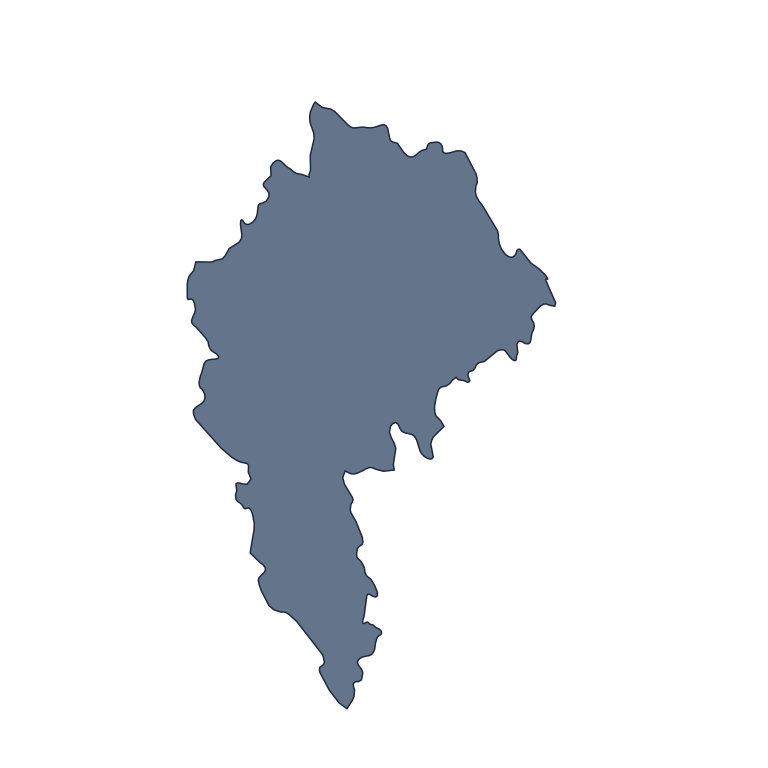 the County of Kauno, rotated 248°
{"feature_id": "LTU-1069", "entity_name": "Kauno", "entity_type": "County", "adm_level": 1, "iso_a3": "LTU", "parent_name": "Lithuania", "parent_adm1": "", "projection": "robinson", "projection_center": [23.769, 55.019], "detail": "fine", "context": "isolated", "style": "filled", "palette": "slate", "viewbox_px": 768, "rotation_deg": 248, "n_neighbors": 0, "source": "natural_earth", "source_scale": "10m", "svg_char_len": 5546}
<svg xmlns="http://www.w3.org/2000/svg" viewBox="0 0 768 768"><g transform="rotate(248 384 384)"><path d="M567.7,255.3L563.6,265.3L562.6,267.3L561.5,270.5L561.8,273.8L561.2,276.9L560.6,281.1L562.5,285.0L567.6,291.1L569.8,303.0L572.0,306.0L575.3,308.0L585.8,310.7L589.3,312.5L589.6,313.7L587.9,314.4L585.3,314.9L583.4,316.4L582.5,318.9L583.5,323.7L585.3,326.8L588.0,329.3L590.3,330.8L594.7,333.1L597.0,334.6L597.6,336.6L597.3,339.2L597.6,343.3L600.5,347.2L603.6,348.7L606.8,348.5L612.1,346.6L614.5,346.9L615.9,348.4L619.5,357.3L627.6,360.1L630.4,363.7L631.4,367.3L631.4,368.9L630.6,370.6L629.1,371.9L626.8,373.1L622.1,375.1L620.6,376.0L619.2,377.3L617.8,378.2L614.5,379.7L613.2,380.7L612.2,381.6L610.7,383.7L609.0,386.5L603.9,392.1L606.2,392.8L609.8,396.0L623.5,401.2L637.9,411.3L642.8,412.8L654.2,413.4L659.1,414.9L663.9,417.7L669.8,423.6L671.2,425.8L663.5,430.4L658.9,437.6L655.3,440.3L637.8,447.6L634.7,449.5L633.0,451.3L632.2,453.4L630.4,459.9L629.7,461.5L627.9,464.5L626.7,467.0L625.8,470.3L625.4,473.5L625.2,477.0L624.6,481.0L622.8,482.6L619.8,483.2L610.0,481.4L607.0,481.3L605.4,482.5L602.1,486.6L591.1,489.1L586.5,491.3L584.3,493.9L583.8,497.2L584.5,500.0L585.6,502.8L586.2,505.4L586.4,507.2L585.8,511.2L589.7,514.6L590.1,516.0L590.2,517.9L589.5,520.0L588.8,523.2L587.4,525.2L585.4,526.7L582.9,527.0L580.5,526.6L578.4,525.7L575.8,526.1L574.5,528.2L573.7,531.5L572.9,538.8L571.9,541.5L571.0,543.1L568.2,545.8L544.4,548.1L540.5,547.5L535.7,545.9L533.2,543.4L527.6,540.6L523.4,539.9L518.2,540.6L512.8,542.1L483.3,546.7L481.0,546.3L478.5,545.6L476.1,544.6L470.8,543.5L465.5,543.3L459.4,544.9L457.5,545.8L455.8,547.0L454.9,547.9L454.1,548.9L453.6,550.1L453.6,551.4L453.9,552.6L454.3,553.7L454.9,554.6L455.5,555.2L457.5,556.8L458.2,557.5L458.5,558.5L458.5,559.6L458.0,560.4L456.9,560.9L441.2,565.5L432.2,571.1L425.0,574.3L421.3,575.2L420.0,574.9L420.7,573.8L420.0,572.8L395.0,573.6L392.2,571.5L393.8,568.8L395.3,566.7L397.5,564.4L398.2,561.9L397.7,558.3L393.1,548.1L391.3,545.7L389.4,545.2L384.5,545.6L381.4,545.1L378.6,543.2L375.5,540.0L369.4,536.3L367.6,534.8L367.2,532.6L368.6,530.1L371.0,528.2L372.9,526.2L373.0,524.3L370.9,522.0L363.2,519.9L361.9,518.9L360.9,517.8L359.5,517.0L357.8,516.2L356.6,515.2L356.7,513.9L358.6,512.1L361.3,511.0L368.0,509.2L370.6,508.1L372.0,505.0L372.3,501.6L367.3,485.5L368.1,481.1L367.9,478.5L366.6,476.2L365.4,475.2L364.1,473.4L363.2,471.3L363.6,467.5L361.6,465.5L359.5,464.9L356.9,465.0L354.9,464.8L354.1,463.6L354.5,461.9L357.4,459.3L358.4,457.1L359.6,455.6L360.1,454.6L363.2,453.4L362.2,449.8L361.4,448.0L359.8,445.2L358.9,441.3L359.1,439.4L359.6,437.2L359.7,435.3L358.9,433.3L356.9,431.2L351.1,426.7L343.9,422.3L339.0,420.5L335.1,420.2L328.7,422.8L322.2,423.8L316.3,409.5L313.9,407.2L310.9,404.9L297.9,402.4L296.7,400.4L297.1,398.6L298.7,396.5L300.7,394.9L302.6,393.8L305.4,392.8L308.4,392.3L319.9,393.3L322.3,393.0L324.4,392.5L326.0,391.5L327.5,390.0L330.5,385.6L332.2,383.8L333.4,383.0L334.8,382.5L336.4,382.2L339.9,382.1L341.8,381.8L343.9,380.4L344.0,377.3L342.4,374.3L337.4,371.0L331.5,370.7L325.4,371.3L319.6,370.7L305.9,362.5L300.4,361.3L303.3,350.8L307.8,344.8L311.1,341.3L312.1,338.8L312.1,335.6L311.6,332.0L311.3,325.8L311.8,322.5L313.1,319.8L317.9,315.3L312.6,310.6L305.8,309.8L290.7,312.2L288.4,312.0L286.4,310.6L285.0,308.4L280.6,305.8L277.6,305.1L267.0,306.5L250.1,306.5L245.2,305.2L243.6,303.8L242.5,299.7L241.2,297.4L236.6,294.9L234.1,294.1L232.1,294.2L230.7,295.1L228.7,296.0L225.9,296.6L221.0,297.0L217.4,296.0L214.6,295.8L212.3,296.2L211.0,296.8L209.0,298.2L207.5,298.8L199.8,299.9L193.0,299.8L190.1,298.5L189.6,296.5L191.1,294.4L194.7,291.5L195.1,290.1L194.2,288.8L176.1,278.5L172.8,275.8L171.2,275.0L169.9,274.9L169.5,275.5L169.4,276.4L169.6,277.5L169.7,278.7L169.2,279.7L168.2,280.3L166.9,280.8L166.2,281.4L165.5,282.5L164.7,283.5L163.3,284.3L161.8,284.9L160.9,285.5L159.8,286.7L158.4,287.9L155.6,288.9L154.0,288.5L152.8,287.0L152.5,285.0L151.8,283.0L146.9,279.0L141.7,276.1L139.2,273.6L137.8,271.0L137.7,268.6L138.7,263.6L138.9,260.8L138.5,258.3L136.9,255.8L135.1,254.9L132.9,254.9L128.6,256.2L125.2,256.3L123.8,256.0L118.1,252.3L117.6,248.9L118.7,245.9L118.0,243.8L116.6,242.7L111.0,241.9L105.6,239.2L102.7,236.4L96.8,228.0L105.1,222.9L120.5,218.6L140.2,216.5L143.6,217.2L145.5,218.6L146.0,221.2L146.8,223.2L148.6,224.5L155.5,225.8L196.6,214.1L206.3,209.4L208.7,207.6L210.2,205.6L211.1,203.0L216.0,197.2L221.6,194.3L238.1,192.8L243.9,193.0L248.6,193.8L250.5,194.8L251.8,196.7L254.0,202.0L255.7,204.2L258.1,205.1L261.6,204.2L264.0,202.6L277.5,196.6L297.6,208.9L303.4,211.5L312.4,213.3L316.9,213.4L319.6,212.5L320.0,211.1L320.3,209.1L320.6,208.2L321.7,207.5L324.8,207.1L326.4,206.6L328.0,205.7L329.1,204.8L330.3,204.1L332.0,203.6L334.3,204.0L337.0,204.9L340.4,207.6L345.5,208.8L346.9,209.5L347.2,211.0L346.0,213.5L344.3,215.4L343.1,217.9L342.4,219.6L345.6,225.0L353.3,225.2L357.6,227.2L359.7,227.9L361.5,227.3L365.5,221.5L368.1,219.0L373.3,215.3L385.5,209.0L421.7,196.0L426.8,196.1L428.7,196.5L430.9,197.4L432.3,199.6L433.1,201.9L434.3,207.8L435.5,210.6L438.2,212.8L442.0,214.0L446.9,213.6L449.1,212.3L451.5,212.2L454.6,213.0L459.9,216.5L462.8,219.2L470.5,225.0L472.0,227.5L472.1,230.4L471.5,233.1L469.9,238.3L470.1,240.1L471.4,241.0L474.2,240.2L478.9,236.9L481.3,236.1L484.7,235.8L489.1,236.7L494.3,235.6L507.3,231.0L509.9,229.4L512.8,228.7L515.0,229.4L518.3,232.3L520.9,235.1L524.0,237.2L529.7,238.4L533.2,238.4L535.1,237.2L535.3,235.6L535.7,234.0L537.5,233.9L550.0,238.8L553.8,241.0L557.1,243.9L560.5,250.0L567.7,255.3Z" fill="#64748b" stroke="#1e293b" stroke-width="1.5"/></g></svg>